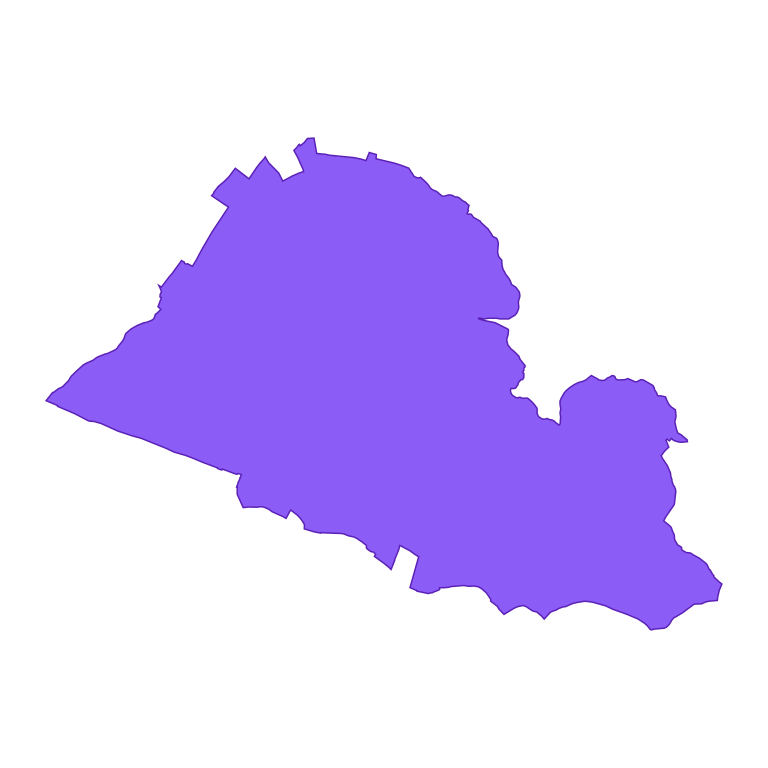 Sanger, Mures, Romania
{"feature_id": "2599482B36183363035498", "entity_name": "Sanger", "entity_type": "district", "adm_level": 2, "iso_a3": "ROU", "parent_name": "Romania", "parent_adm1": "Mures", "projection": "albers", "projection_center": [24.16, 46.55], "detail": "fine", "context": "isolated", "style": "filled", "palette": "violet", "viewbox_px": 768, "rotation_deg": 0, "n_neighbors": 0, "source": "geoboundaries", "source_scale": "gbopen_adm2", "svg_char_len": 6099}
<svg xmlns="http://www.w3.org/2000/svg" viewBox="0 0 768 768"><path d="M544.2,619.1L549.5,613.2L551.1,611.8L556.0,610.1L559.0,608.4L562.7,607.0L565.6,606.6L572.5,603.6L577.3,602.4L584.4,601.3L586.8,601.4L592.7,602.2L605.8,605.9L612.6,609.2L627.2,614.4L638.0,619.0L644.6,623.3L647.3,625.7L650.0,629.2L651.1,629.9L654.4,629.1L664.1,628.2L666.4,627.2L669.2,624.5L672.1,619.7L673.9,617.7L675.5,617.0L682.5,612.8L694.2,604.1L701.8,603.8L705.3,602.1L708.9,601.2L717.3,600.5L717.8,596.6L719.3,590.2L721.9,584.0L719.3,582.0L714.5,577.6L714.1,577.1L713.7,575.4L712.3,574.1L712.0,573.2L710.0,569.7L709.0,569.1L707.3,565.1L706.0,563.4L699.3,558.1L693.8,555.2L691.3,553.5L690.1,552.9L686.4,552.6L682.3,550.3L681.7,549.3L681.5,547.5L681.2,547.0L677.6,544.8L674.9,540.1L674.5,538.8L674.4,535.9L674.0,534.2L672.8,532.0L671.3,527.6L670.3,526.3L663.7,520.9L665.9,516.7L674.0,505.0L674.5,503.2L675.8,491.6L675.4,488.9L674.9,488.2L674.6,486.6L673.8,485.9L673.0,484.4L672.0,481.1L671.8,479.2L670.8,476.2L670.5,473.0L667.4,465.7L662.6,458.6L661.1,455.5L662.3,454.5L662.9,453.3L665.3,450.4L668.8,447.2L666.0,440.3L666.9,439.1L669.4,440.9L671.5,438.4L673.1,440.0L674.7,440.8L678.2,441.9L681.5,442.3L687.4,441.7L687.2,439.9L681.0,434.7L677.8,433.0L676.4,429.1L674.8,421.8L675.8,417.6L676.0,415.9L675.4,409.8L671.4,407.1L669.0,404.5L667.3,401.4L665.5,396.9L660.6,395.8L658.0,395.8L657.1,394.9L657.0,393.8L656.5,392.6L654.7,390.1L654.1,387.5L652.8,385.4L643.2,379.9L640.8,379.7L637.2,381.6L636.1,381.8L634.4,381.5L628.0,378.6L624.6,379.7L618.0,380.0L616.1,379.1L615.2,377.9L615.0,376.7L614.2,376.0L612.1,375.5L610.1,376.9L607.4,378.0L604.9,380.1L602.2,380.5L598.7,379.9L598.1,379.2L591.3,375.5L585.9,379.9L583.2,381.2L578.6,382.5L574.4,384.5L569.6,387.7L566.0,390.8L564.2,392.9L561.3,398.0L560.0,401.2L560.0,404.0L560.8,409.1L560.1,412.2L560.1,413.6L560.6,416.7L560.2,423.5L559.6,424.8L558.9,424.9L555.4,422.4L554.7,421.4L552.4,420.1L548.9,419.4L547.1,418.4L545.5,419.1L542.6,419.0L541.6,418.7L538.7,416.7L538.1,415.8L537.0,413.0L537.2,411.7L537.0,408.2L534.5,404.7L531.8,401.7L528.5,398.8L527.3,398.1L522.9,398.2L521.6,398.0L520.5,397.4L519.2,397.3L517.5,397.9L515.6,397.4L512.4,395.3L511.0,393.1L510.4,390.8L510.9,388.5L513.6,388.6L515.5,388.1L516.7,386.7L517.2,385.6L517.9,384.9L518.2,383.3L519.4,381.4L521.2,379.6L522.5,379.6L523.4,378.4L523.8,377.4L523.9,373.5L522.9,372.9L522.9,372.2L523.9,370.3L523.8,368.8L524.1,367.7L524.8,367.3L524.8,366.5L525.2,365.8L520.1,359.4L518.9,356.2L514.3,351.6L510.9,348.8L507.8,344.8L506.8,340.3L506.9,338.4L508.0,335.2L508.5,330.7L508.4,329.7L508.0,329.2L495.2,322.7L483.7,320.4L478.6,318.8L478.7,318.3L479.2,318.0L484.1,318.9L489.2,318.2L494.1,318.3L495.4,318.1L500.2,318.9L508.8,318.9L515.2,315.0L517.0,312.7L518.5,309.0L518.8,307.1L518.4,302.6L518.6,301.2L518.4,301.1L519.5,297.9L519.9,295.8L519.4,292.2L515.9,287.3L512.1,284.9L511.5,284.1L510.2,280.7L509.1,278.7L505.1,273.4L504.9,272.5L503.0,269.3L502.1,265.5L501.7,260.0L499.7,257.9L498.6,256.4L497.6,252.1L498.3,244.1L498.1,242.1L497.4,239.9L496.6,238.3L492.6,236.3L491.6,234.2L487.7,228.5L486.0,227.2L481.1,222.6L480.1,221.1L473.5,217.4L471.3,214.3L469.5,213.9L468.1,214.3L467.4,213.9L467.2,212.9L468.3,211.2L468.4,210.5L468.0,209.2L469.0,205.3L468.1,204.8L465.6,202.2L462.6,200.7L459.0,197.7L457.3,197.0L455.3,197.0L451.9,195.2L448.9,194.9L443.6,196.3L441.9,195.9L436.8,191.6L432.0,189.5L430.2,187.8L428.8,185.6L426.6,182.9L420.6,177.3L419.8,177.8L417.2,177.8L414.2,176.5L408.7,168.1L399.8,164.8L393.5,162.9L376.1,158.8L376.3,154.5L369.3,152.5L366.0,160.6L360.7,159.0L353.9,157.6L329.3,155.2L325.6,154.3L316.7,153.5L314.0,138.1L307.4,138.5L304.2,142.6L300.2,145.8L299.5,144.4L298.5,145.0L296.7,147.6L293.9,150.4L297.8,157.6L303.0,169.2L303.6,171.6L299.4,172.9L292.7,175.8L282.8,181.1L278.7,173.0L268.6,162.7L265.2,156.9L264.2,158.5L259.8,163.4L256.8,167.3L249.0,178.8L235.3,168.3L229.1,176.6L224.3,181.4L218.4,186.3L213.8,192.3L213.8,193.2L211.6,195.7L228.5,207.1L212.2,231.7L202.8,247.8L199.0,254.8L196.4,259.8L192.4,266.3L187.5,263.7L186.6,264.1L185.4,263.9L184.5,263.2L184.3,262.1L181.5,260.6L172.5,273.0L169.3,276.7L161.4,287.1L158.9,285.5L160.6,289.3L161.4,291.6L161.3,292.2L160.2,294.2L160.0,297.0L161.4,297.6L158.0,306.7L160.9,309.4L155.7,314.4L155.4,314.3L154.2,317.9L153.6,318.9L152.2,320.0L150.3,320.9L146.6,322.3L143.8,322.8L137.3,325.4L131.3,328.8L126.1,333.2L125.2,334.9L123.9,338.7L122.7,340.8L118.2,346.4L118.1,346.8L116.7,348.8L113.7,350.6L107.2,353.6L105.8,353.8L98.7,356.5L96.4,357.7L93.1,360.2L86.5,363.1L83.2,365.0L75.8,371.7L71.0,376.5L68.5,380.7L63.0,386.3L61.8,387.2L58.4,388.7L53.4,392.5L52.6,392.5L46.1,400.7L56.4,405.0L57.6,405.6L57.5,406.3L75.0,413.8L88.2,420.7L89.9,421.2L94.2,421.5L101.1,423.5L117.9,431.1L132.7,436.0L140.9,438.2L166.5,448.5L174.1,452.1L185.2,455.3L190.6,457.3L203.4,462.6L217.6,467.9L217.5,468.4L220.0,469.5L221.7,470.0L222.1,469.0L236.2,474.2L237.5,474.1L238.1,473.5L240.9,474.3L241.3,474.5L240.4,477.3L239.9,477.8L239.9,478.5L239.0,480.8L238.1,482.3L238.1,483.0L237.3,485.3L236.9,486.0L236.6,487.2L237.4,487.3L237.2,488.9L237.2,494.3L243.2,507.6L248.8,507.0L256.7,507.2L260.8,506.7L263.9,507.1L268.7,509.2L272.2,511.8L282.4,516.3L286.1,518.4L289.9,511.2L290.8,510.1L297.4,515.2L300.3,518.3L302.3,521.0L304.4,524.5L304.3,528.9L314.7,532.0L320.6,533.1L320.7,532.7L341.3,533.5L343.7,533.9L348.5,535.8L354.0,537.0L357.0,538.5L361.3,541.5L362.1,541.8L363.2,543.0L365.5,544.6L366.4,545.5L366.5,546.3L366.3,547.7L367.2,549.0L370.8,551.6L373.6,552.1L375.6,554.4L374.4,556.4L383.4,562.9L388.5,567.0L391.1,569.5L394.7,560.3L394.5,560.1L398.8,549.5L399.8,545.4L410.0,550.8L415.0,554.5L418.7,556.7L410.0,587.6L417.0,590.7L417.0,591.2L428.6,593.6L429.2,593.2L431.3,592.8L432.0,593.0L432.5,592.5L438.9,590.0L439.6,589.4L439.6,587.7L444.5,587.7L448.4,587.3L450.9,586.6L463.6,585.5L469.0,586.3L474.5,586.0L476.0,586.5L478.0,586.6L481.9,588.9L486.5,593.0L490.8,599.5L490.9,600.0L490.6,601.1L497.4,606.4L499.0,609.2L504.0,614.4L514.3,608.1L518.5,606.4L522.9,605.6L525.2,606.2L527.2,607.3L532.5,610.9L536.9,612.1L541.6,616.1L544.2,619.1Z" fill="#8b5cf6" stroke="#5b21b6" stroke-width="1.5"/></svg>